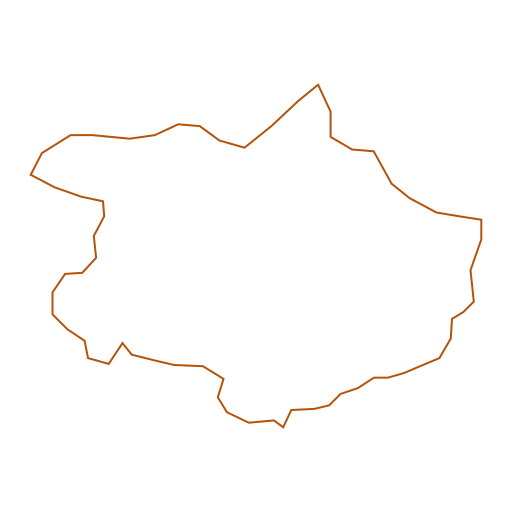 the district of Kalo Chorio Kapouti, Cyprus
{"feature_id": "46923920B84708400671300", "entity_name": "Kalo Chorio Kapouti", "entity_type": "district", "adm_level": 2, "iso_a3": "CYP", "parent_name": "Cyprus", "parent_adm1": "", "projection": "orthographic", "projection_center": [33.028, 35.241], "detail": "fine", "context": "isolated", "style": "outline", "palette": "amber", "viewbox_px": 512, "rotation_deg": 0, "n_neighbors": 0, "source": "geoboundaries", "source_scale": "gbopen_adm2", "svg_char_len": 891}
<svg xmlns="http://www.w3.org/2000/svg" viewBox="0 0 512 512"><path d="M283.2,427.3L291.3,410.0L314.2,408.9L329.1,405.4L340.6,393.9L357.8,388.1L373.9,377.7L387.7,377.7L403.8,373.1L417.5,367.3L439.4,358.1L450.8,338.5L452.0,318.9L463.4,312.0L473.8,301.6L470.5,270.2L481.3,239.5L481.3,219.7L458.0,216.1L436.4,212.5L409.5,198.1L391.6,183.7L373.7,151.3L352.1,149.5L330.6,136.9L330.6,111.7L325.9,101.6L318.1,84.7L298.3,100.9L271.4,126.1L244.5,147.7L219.4,140.5L199.7,126.1L178.2,124.3L154.9,135.1L129.8,138.7L92.1,135.1L70.6,135.1L41.9,153.1L30.7,174.8L54.8,187.4L81.2,196.7L103.0,201.3L104.2,216.3L93.8,235.9L96.1,257.8L82.3,272.8L65.1,273.9L52.5,292.4L52.5,314.3L67.4,329.3L84.6,340.8L88.0,358.1L108.7,363.9L122.5,343.1L131.7,354.7L154.6,360.4L174.2,365.0L202.9,366.2L223.5,378.9L217.8,397.3L227.0,412.3L248.8,422.7L274.0,420.4L283.2,427.3Z" fill="none" stroke="#b45309" stroke-width="2"/></svg>